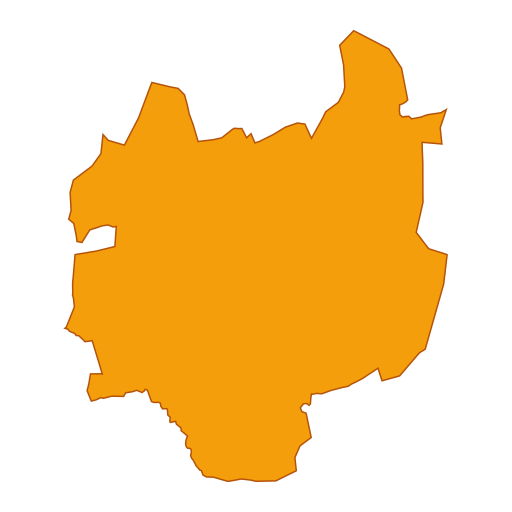 Minjibir, Kano, Nigeria
{"feature_id": "59680162B51390103580898", "entity_name": "Minjibir", "entity_type": "district", "adm_level": 2, "iso_a3": "NGA", "parent_name": "Nigeria", "parent_adm1": "Kano", "projection": "equal_earth", "projection_center": [8.6, 12.2], "detail": "fine", "context": "isolated", "style": "filled", "palette": "amber", "viewbox_px": 512, "rotation_deg": 0, "n_neighbors": 0, "source": "geoboundaries", "source_scale": "gbopen_adm2", "svg_char_len": 2827}
<svg xmlns="http://www.w3.org/2000/svg" viewBox="0 0 512 512"><path d="M91.3,401.1L96.2,399.8L100.8,397.6L103.3,398.3L111.6,396.2L123.7,396.4L125.6,392.8L132.6,391.7L136.7,390.3L142.1,392.5L144.3,390.9L145.1,389.3L147.4,390.2L151.5,401.6L154.2,402.5L158.6,402.3L160.5,403.4L160.8,406.2L162.6,408.9L163.8,408.8L165.6,408.6L167.3,409.1L167.9,415.2L168.4,415.6L170.2,417.2L170.0,419.4L169.8,421.0L170.2,422.4L171.1,422.2L175.6,421.4L176.5,424.3L180.9,427.8L181.2,430.7L185.3,434.1L187.5,436.0L186.0,440.1L185.7,442.9L185.7,443.3L185.6,443.8L185.9,445.2L186.1,446.2L186.8,447.3L187.6,448.2L188.7,448.4L189.7,448.3L190.5,448.6L191.1,449.8L191.4,452.4L190.6,455.4L191.5,458.0L193.5,460.6L196.2,465.9L198.0,468.0L199.8,470.1L201.3,470.5L202.3,473.1L203.0,475.0L206.3,476.9L213.6,477.2L223.8,480.2L227.2,481.2L228.8,481.3L239.1,479.4L241.4,479.0L242.4,479.1L245.0,479.4L250.7,480.1L256.0,481.3L263.6,481.1L269.1,481.0L275.8,480.9L291.5,473.1L296.1,470.9L296.3,470.6L294.9,457.5L300.0,445.9L311.2,437.5L306.1,413.2L301.9,411.6L300.3,407.8L303.4,403.8L306.7,403.5L309.1,405.3L310.4,403.8L310.9,397.4L311.5,394.0L313.0,394.2L316.5,393.4L321.7,393.8L331.4,390.3L342.2,387.5L348.2,386.3L351.4,384.1L355.6,382.1L362.2,378.7L378.0,368.2L382.0,380.8L399.6,375.9L419.5,352.7L425.2,349.2L443.7,284.0L447.1,254.7L446.5,254.4L429.8,249.1L428.9,248.8L428.3,248.1L428.2,248.1L416.2,232.4L423.0,202.2L422.9,194.8L422.8,162.6L422.2,147.5L422.1,142.3L441.9,144.0L440.2,127.9L441.2,124.8L446.3,109.6L440.7,112.8L428.2,114.6L424.8,115.6L421.7,116.9L415.3,118.2L411.5,118.8L408.8,116.2L407.2,116.5L406.2,116.8L406.0,116.3L402.5,117.1L401.8,116.4L399.9,114.7L399.6,112.4L399.3,110.4L399.5,108.5L399.6,105.9L399.6,104.7L401.6,104.3L402.4,103.7L403.2,103.5L406.1,101.6L407.7,99.8L401.5,68.1L388.9,49.0L353.7,30.7L339.7,45.3L343.6,65.1L344.2,76.1L344.8,87.0L343.6,92.2L338.4,102.3L325.7,111.8L323.1,117.3L311.5,138.3L310.1,135.4L305.3,124.9L305.0,124.1L297.5,123.0L285.3,127.2L274.1,134.1L268.4,137.0L259.1,141.6L254.9,142.9L253.0,138.4L251.5,134.7L251.1,133.7L246.6,137.8L241.8,128.5L238.9,128.6L234.2,128.3L232.2,129.5L221.8,137.8L213.2,139.7L198.1,141.5L193.2,124.8L189.2,113.9L187.2,104.6L184.5,94.8L178.1,88.4L169.4,86.7L151.9,82.5L149.6,88.3L138.6,117.8L124.4,145.1L108.3,140.4L103.0,134.6L100.9,153.7L92.0,166.1L73.4,180.1L70.1,192.4L71.1,210.5L68.7,219.2L73.8,223.5L76.2,235.4L77.0,241.5L81.9,242.5L89.8,229.9L102.4,225.8L108.0,225.0L113.3,227.0L116.3,226.4L114.9,246.5L96.6,251.0L75.1,254.6L72.6,283.8L72.8,294.2L72.5,294.5L72.6,295.7L72.9,296.2L73.0,296.5L73.5,298.7L74.4,306.9L66.3,327.1L64.9,328.3L67.8,329.1L69.5,331.3L74.7,333.4L76.1,335.5L78.7,335.7L83.4,340.0L84.9,341.7L92.2,340.7L98.5,361.4L102.3,374.1L100.6,373.8L90.5,373.9L88.8,383.9L88.0,387.3L87.1,390.5L88.4,393.9L91.3,401.1Z" fill="#f59e0b" stroke="#b45309" stroke-width="1.5"/></svg>